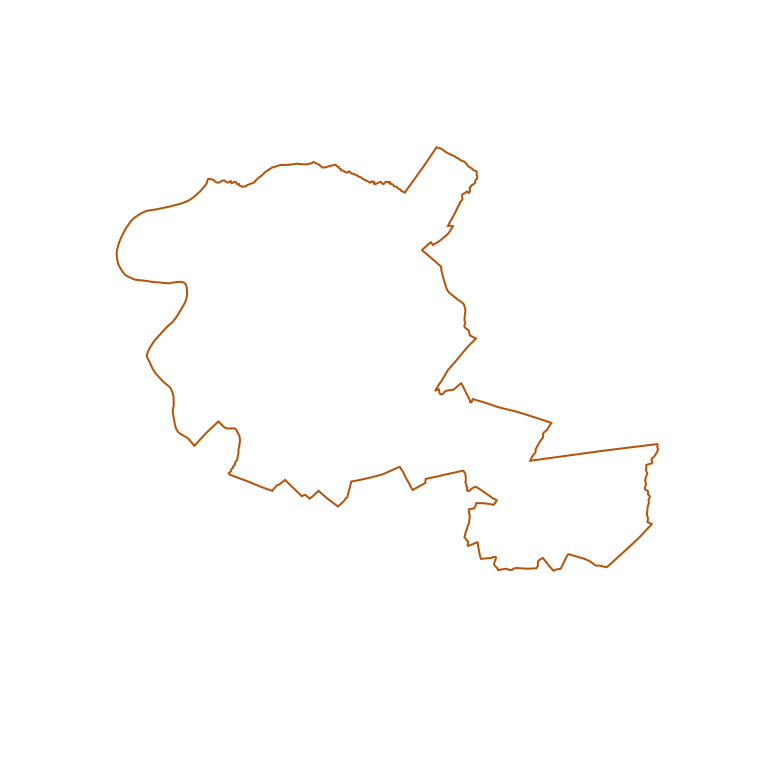 Bang Khonthi, Samut Songkhram, Thailand (Equal Earth projection), rotated 58°
{"feature_id": "78962969B68026694261665", "entity_name": "Bang Khonthi", "entity_type": "district", "adm_level": 2, "iso_a3": "THA", "parent_name": "Thailand", "parent_adm1": "Samut Songkhram", "projection": "equal_earth", "projection_center": [99.954, 13.478], "detail": "fine", "context": "isolated", "style": "outline", "palette": "amber", "viewbox_px": 768, "rotation_deg": 58, "n_neighbors": 0, "source": "geoboundaries", "source_scale": "gbopen_adm2", "svg_char_len": 6165}
<svg xmlns="http://www.w3.org/2000/svg" viewBox="0 0 768 768"><g transform="rotate(58 384 384)"><path d="M602.3,385.8L605.3,378.5L606.2,377.5L607.6,376.8L609.5,373.9L609.3,371.6L610.2,369.3L616.7,360.2L620.9,352.7L620.9,352.2L619.7,349.9L616.5,347.7L615.8,346.8L615.6,345.2L615.5,341.9L616.2,341.4L626.0,340.3L632.0,339.3L632.7,335.8L634.2,332.5L634.1,331.7L627.0,320.2L626.1,318.5L626.1,317.7L637.1,307.9L640.8,305.0L644.2,303.0L650.2,300.7L652.5,297.1L657.3,292.5L657.4,291.7L652.3,263.3L649.2,247.9L644.7,231.2L640.8,233.7L637.8,231.3L634.2,230.3L630.2,227.3L627.8,225.4L625.1,222.2L622.5,221.2L620.6,218.3L619.6,218.1L617.5,218.6L615.3,217.2L614.4,217.0L612.1,218.3L610.8,218.3L610.1,217.8L608.1,215.0L604.3,213.6L601.8,211.5L599.4,208.1L595.8,207.5L593.4,205.4L591.8,204.7L591.7,204.1L593.1,199.2L593.0,198.4L592.5,197.9L590.7,197.5L589.2,196.8L588.7,193.2L587.7,191.4L586.6,188.7L585.8,187.6L584.1,186.0L582.4,185.8L580.3,183.9L579.8,184.0L556.0,235.1L526.6,300.6L524.1,296.9L522.3,291.8L519.8,290.1L516.6,284.5L515.8,283.1L513.8,277.8L510.3,275.3L509.8,274.0L509.2,269.9L506.9,265.4L505.8,262.8L504.7,263.4L483.6,281.1L477.0,286.9L464.4,299.2L451.2,310.1L445.5,315.3L444.1,316.2L443.9,316.9L445.6,318.9L445.7,319.9L445.4,320.4L444.7,320.5L443.0,319.8L424.4,318.0L424.3,319.5L425.7,327.8L422.7,334.8L422.7,336.6L423.5,339.1L423.5,340.1L423.1,340.9L421.7,341.9L418.3,340.5L417.4,340.4L417.1,340.9L417.0,344.3L412.9,336.3L411.9,333.7L406.0,322.3L403.2,312.7L399.3,301.4L396.3,291.4L394.2,281.9L388.3,285.4L383.7,283.9L382.3,284.1L380.0,285.3L378.5,285.5L377.1,285.0L375.8,283.0L375.2,282.6L373.2,282.2L370.9,280.9L365.5,276.5L363.2,275.2L358.8,274.1L356.8,274.4L351.5,276.7L341.2,280.3L339.2,280.6L336.2,280.4L327.4,278.1L318.0,275.1L316.3,274.3L314.9,273.3L300.3,277.7L290.8,280.9L290.3,279.7L288.5,269.4L288.9,269.0L292.0,268.9L292.2,261.5L290.9,251.4L289.2,246.9L287.3,242.9L286.5,242.0L284.9,243.9L283.9,246.0L283.3,245.2L276.5,233.0L271.7,225.4L271.1,223.9L270.2,223.4L269.8,221.8L268.9,219.6L268.3,219.1L266.3,218.5L264.7,217.2L264.6,216.2L265.1,213.8L264.6,212.1L264.9,211.5L265.5,211.1L266.7,211.0L266.8,210.7L266.7,209.9L266.1,209.0L262.7,207.1L262.7,205.8L261.9,204.4L262.1,202.6L261.8,201.8L261.5,199.9L260.4,199.2L259.5,198.2L259.3,196.4L257.4,195.0L255.3,194.3L252.9,192.8L249.9,194.8L248.4,195.1L244.2,197.1L238.3,197.8L235.7,200.0L231.5,201.8L230.0,203.0L227.9,203.5L225.7,205.4L220.3,208.5L214.6,210.9L211.1,214.0L220.8,236.0L232.7,265.0L229.3,267.0L227.2,267.3L225.6,268.4L223.6,268.8L221.7,270.5L218.8,271.2L217.2,273.0L216.8,272.9L216.3,271.8L215.9,271.8L215.2,273.6L214.0,274.3L213.5,275.3L213.5,276.1L214.2,278.1L214.1,278.6L213.0,279.4L211.3,279.5L210.7,279.9L209.9,285.4L209.6,286.1L208.8,286.4L207.6,285.2L207.1,285.2L206.4,286.7L205.5,287.3L206.0,288.8L205.7,289.4L203.9,290.0L202.4,291.2L198.8,293.3L196.4,294.1L195.0,295.4L193.5,296.0L190.0,298.3L189.0,299.1L188.1,300.3L187.0,300.6L186.2,300.4L185.6,300.6L185.0,301.4L185.2,303.1L185.0,303.6L183.9,304.6L182.7,304.9L181.4,305.8L179.9,307.2L179.0,306.7L177.6,307.6L176.0,307.4L174.3,308.6L172.3,308.9L170.3,314.9L169.4,318.5L168.4,320.1L167.9,321.6L164.0,322.7L158.4,326.1L158.3,326.7L158.6,328.1L157.4,330.9L157.2,332.6L152.7,339.2L151.1,340.9L149.0,345.7L147.2,349.4L143.4,355.7L141.1,364.4L141.3,372.4L142.3,376.4L142.7,381.9L143.1,383.1L143.5,385.6L144.3,387.2L142.9,394.3L142.9,397.4L142.1,398.3L141.4,400.0L140.1,400.5L139.2,401.4L138.7,401.5L137.7,401.0L137.2,402.2L136.3,402.8L134.9,402.4L134.3,402.6L133.2,404.6L133.1,406.8L132.1,407.0L130.7,406.5L130.5,409.6L128.9,410.9L126.9,411.5L126.2,412.2L125.9,413.4L125.7,417.3L125.0,418.6L123.3,419.8L121.3,420.3L120.0,420.9L117.6,423.2L116.9,424.7L119.6,427.8L120.7,429.9L123.2,437.8L124.7,446.7L124.9,452.6L124.7,454.2L123.2,461.3L120.0,471.6L114.8,485.6L112.1,491.7L111.5,493.6L110.6,498.5L110.6,505.7L110.8,507.5L111.5,511.3L112.2,513.3L115.4,520.9L120.0,528.5L123.6,533.7L129.4,539.9L132.5,542.1L136.4,544.0L141.2,545.8L145.0,546.2L151.9,546.1L154.4,545.6L156.5,544.6L162.1,541.0L163.8,539.6L170.7,530.8L175.6,525.3L178.9,520.6L183.9,514.2L184.5,513.4L186.7,507.9L188.2,504.6L190.3,501.4L191.8,500.1L192.7,499.6L194.7,499.4L197.0,499.9L201.5,502.1L204.8,504.3L207.4,506.9L209.8,510.2L211.3,512.8L216.9,523.8L218.1,526.7L219.4,530.6L220.2,535.8L221.0,539.6L225.5,555.4L227.8,560.6L230.6,565.8L233.6,569.7L235.3,570.6L237.5,570.9L240.2,571.0L247.5,572.1L253.2,572.2L264.8,570.1L273.1,567.4L274.7,567.3L276.8,567.5L279.6,568.0L283.4,569.3L290.8,573.7L294.1,576.9L297.3,578.7L307.3,582.7L310.1,583.6L312.4,584.1L315.6,584.0L317.7,583.4L324.5,579.8L326.8,578.9L335.9,577.6L331.3,560.6L328.0,544.2L334.2,543.0L336.5,542.1L337.9,541.2L339.6,539.2L341.7,535.3L343.0,533.9L344.2,533.5L351.4,534.1L354.5,535.5L357.2,537.1L358.1,538.4L358.5,538.5L359.2,539.3L360.2,539.7L362.1,541.9L365.2,543.8L367.8,546.4L369.8,548.0L370.6,549.2L371.5,551.5L373.5,553.5L373.7,553.9L373.7,555.1L375.0,556.5L375.4,558.7L376.8,559.9L377.2,561.2L377.4,563.0L379.0,563.0L393.5,551.8L407.0,542.1L415.4,535.4L415.0,535.0L414.7,533.4L413.2,528.8L413.6,526.0L413.0,518.7L435.5,513.2L436.0,510.3L436.5,509.4L441.8,507.8L441.4,503.9L439.9,496.1L450.3,493.0L463.5,488.0L462.1,480.3L460.8,477.1L460.6,475.2L449.4,463.4L452.5,455.5L456.6,443.8L459.5,434.2L460.3,430.3L462.4,414.9L462.9,414.5L466.0,414.6L468.3,414.4L477.6,415.4L481.1,415.3L484.7,415.9L489.0,415.8L489.8,401.7L489.6,401.2L486.7,399.2L486.6,398.7L490.9,387.2L492.7,381.6L499.5,362.7L503.4,362.6L508.0,365.0L510.7,367.1L514.1,367.9L514.7,368.4L516.0,368.2L517.7,369.7L518.7,369.9L519.8,368.4L519.2,364.2L519.3,362.4L519.7,361.1L520.7,360.0L534.2,354.0L537.7,352.7L542.4,350.0L544.2,353.8L544.5,354.7L544.4,355.2L541.1,358.8L538.0,362.6L533.9,368.9L534.0,369.3L536.0,371.0L536.3,372.2L537.3,373.5L535.3,378.4L538.9,380.6L540.6,380.7L547.1,385.6L548.5,388.1L550.3,389.9L553.3,393.6L556.7,397.1L558.4,396.6L560.4,396.7L562.1,396.1L565.2,398.7L565.7,398.7L566.2,397.4L567.6,388.8L567.9,388.5L571.5,390.2L579.4,393.2L583.6,394.5L588.2,385.5L589.0,382.0L589.9,381.0L590.4,381.0L591.0,381.4L594.6,385.7L595.4,386.2L596.7,386.3L600.8,385.5L602.3,385.8Z" fill="none" stroke="#b45309" stroke-width="2"/></g></svg>